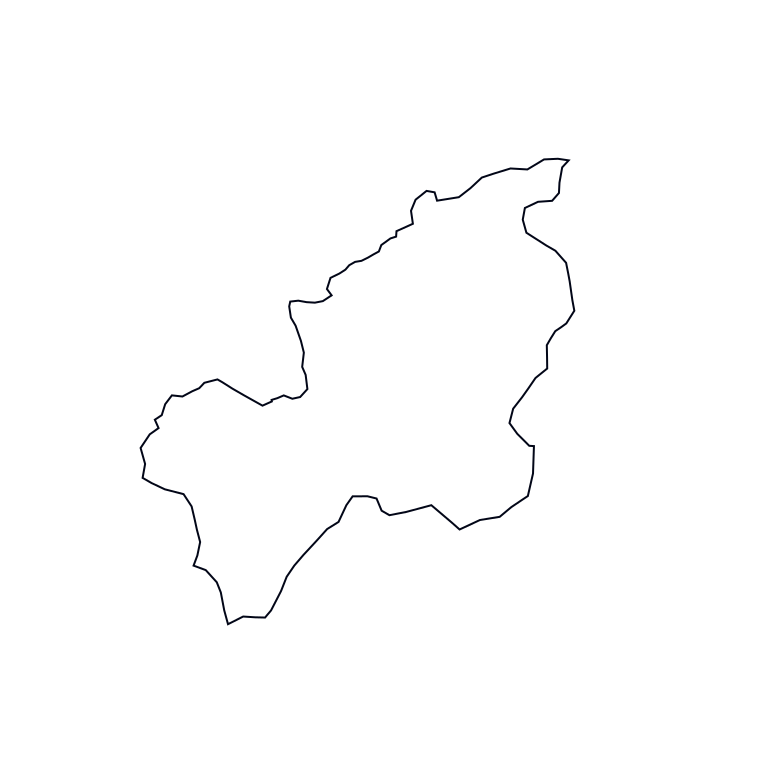 Vouni, Limassol, Cyprus (Natural Earth projection), rotated 30°
{"feature_id": "46923920B50691458712838", "entity_name": "Vouni", "entity_type": "district", "adm_level": 2, "iso_a3": "CYP", "parent_name": "Cyprus", "parent_adm1": "Limassol", "projection": "natural_earth1", "projection_center": [32.825, 34.816], "detail": "fine", "context": "isolated", "style": "outline", "palette": "ink", "viewbox_px": 768, "rotation_deg": 30, "n_neighbors": 0, "source": "geoboundaries", "source_scale": "gbopen_adm2", "svg_char_len": 1856}
<svg xmlns="http://www.w3.org/2000/svg" viewBox="0 0 768 768"><g transform="rotate(30 384 384)"><path d="M318.4,245.4L320.8,250.3L316.8,254.7L312.2,265.0L313.3,271.8L310.1,277.0L306.9,282.6L302.9,288.6L297.9,292.7L294.5,298.5L293.4,304.3L290.1,310.7L284.6,318.8L287.1,330.3L294.3,333.4L289.6,342.8L283.5,348.1L276.1,351.8L268.1,354.7L261.6,359.5L263.1,364.2L270.2,373.1L278.3,377.7L290.5,388.2L298.9,396.9L304.6,410.1L311.6,415.3L320.2,426.7L317.9,437.2L312.0,442.6L302.9,444.0L298.7,449.6L294.6,454.0L295.6,455.2L289.6,463.5L268.1,463.8L255.1,463.8L243.2,463.3L237.5,463.3L227.8,472.8L226.1,480.0L221.6,486.1L215.7,495.6L206.0,499.9L204.6,510.9L207.1,522.1L203.4,529.5L210.8,534.9L206.3,544.7L205.2,561.1L217.1,572.7L221.9,586.0L232.4,586.0L246.8,584.8L265.5,579.6L278.6,586.2L287.9,596.1L294.7,603.6L303.8,612.8L308.1,625.8L309.9,636.5L322.7,634.3L338.3,639.3L346.9,646.1L358.8,659.9L369.0,670.0L378.3,655.8L389.2,650.4L397.8,645.7L398.3,642.6L399.4,636.6L398.4,615.4L398.3,614.3L396.1,599.6L397.1,586.1L399.7,572.3L404.0,553.5L407.3,538.0L413.6,526.2L412.0,507.7L413.0,497.0L425.8,489.5L434.8,486.9L445.3,494.9L454.3,494.9L467.1,483.8L485.6,465.3L511.9,470.1L522.2,472.2L535.1,453.8L550.6,441.2L555.8,427.0L561.9,414.5L564.6,409.1L557.8,387.0L544.9,362.8L540.7,364.9L524.3,360.5L512.2,355.1L508.2,340.8L510.2,326.5L511.2,315.9L512.2,303.0L517.6,289.0L512.2,279.9L505.6,269.0L505.6,261.1L505.9,252.6L509.2,245.8L511.6,240.4L512.2,225.4L505.2,217.2L493.5,202.3L488.2,196.1L481.1,188.0L465.8,182.9L455.4,182.9L431.7,181.8L422.0,172.3L418.0,161.1L426.3,149.2L438.0,141.3L440.0,131.1L435.3,121.9L430.0,107.3L432.1,98.0L422.0,102.0L410.3,109.5L400.9,126.5L385.8,134.1L373.7,147.1L365.5,156.3L360.9,171.3L355.4,184.8L338.3,198.7L332.0,192.7L324.3,195.5L319.2,208.6L320.8,220.5L328.9,230.8L318.4,245.4Z" fill="none" stroke="#020617" stroke-width="2"/></g></svg>